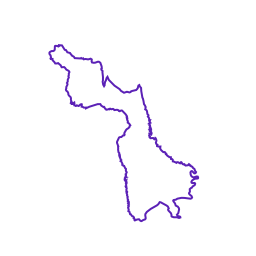 outline of Maisa-Phoka, Leribe, Lesotho, rotated 160°
{"feature_id": "5366337B86145787410070", "entity_name": "Maisa-Phoka", "entity_type": "district", "adm_level": 2, "iso_a3": "LSO", "parent_name": "Lesotho", "parent_adm1": "Leribe", "projection": "mercator", "projection_center": [28.2, -28.776], "detail": "fine", "context": "isolated", "style": "outline", "palette": "violet", "viewbox_px": 256, "rotation_deg": 160, "n_neighbors": 0, "source": "geoboundaries", "source_scale": "gbopen_adm2", "svg_char_len": 5872}
<svg xmlns="http://www.w3.org/2000/svg" viewBox="0 0 256 256"><g transform="rotate(160 128 128)"><path d="M173.9,170.4L172.7,170.9L171.6,170.9L171.6,170.1L172.1,169.6L171.8,169.5L169.8,170.2L170.0,169.2L170.7,168.2L170.7,167.7L170.3,167.6L169.6,166.6L169.1,166.5L168.3,166.8L167.0,165.6L166.6,165.6L164.6,166.4L163.4,166.2L163.4,165.7L164.3,163.9L163.3,163.3L162.6,162.3L160.3,161.5L160.6,160.9L157.0,161.2L148.3,160.8L145.8,159.9L145.5,158.2L143.9,156.1L143.3,156.1L143.1,155.8L142.9,154.0L142.1,153.0L142.1,152.6L140.6,152.3L139.2,152.4L138.9,151.9L138.1,152.2L137.2,151.3L135.6,151.1L135.1,150.6L134.7,149.5L132.1,148.9L130.8,147.9L130.8,147.2L130.1,146.6L128.4,146.8L127.6,146.4L125.6,141.9L125.0,139.7L125.1,138.6L125.6,138.6L125.8,137.2L125.5,136.9L126.0,136.0L125.8,134.4L126.4,133.2L125.4,131.7L124.9,129.7L126.0,129.1L126.3,128.4L127.7,127.7L129.6,127.3L131.0,126.5L131.4,126.0L132.8,124.9L133.4,124.0L133.5,122.8L134.2,122.4L135.1,122.7L137.3,121.8L138.7,122.2L139.7,122.1L142.9,118.9L143.4,117.9L143.4,114.2L143.6,114.2L144.3,111.9L144.7,111.1L145.2,108.5L144.8,107.4L145.0,106.9L144.9,105.7L145.2,105.2L145.6,105.3L145.7,104.5L145.7,103.9L145.3,103.9L145.7,102.5L145.5,102.0L145.7,100.9L145.3,100.2L146.2,99.5L145.7,99.1L145.8,98.8L145.5,96.7L145.5,96.1L146.0,95.4L145.6,95.1L145.3,94.1L144.6,93.7L144.4,91.2L143.9,90.3L144.6,88.7L144.6,87.7L144.3,86.9L145.5,85.6L146.0,85.4L145.9,84.7L146.2,84.5L146.1,84.1L146.3,83.7L146.9,83.3L147.2,82.9L146.5,82.3L148.1,82.1L148.3,81.8L148.3,81.0L148.9,80.5L148.8,79.7L148.4,79.4L148.4,79.1L147.6,79.3L148.0,78.7L147.8,77.7L148.1,76.9L148.5,77.0L148.5,76.5L149.0,76.3L148.9,75.8L149.3,75.1L149.5,73.9L150.2,73.9L150.2,73.0L149.8,72.5L149.9,71.6L150.7,70.5L150.9,69.6L150.6,68.2L150.9,67.9L151.3,68.0L151.2,67.5L151.6,67.2L151.6,65.4L152.0,64.9L151.8,63.3L152.3,62.9L152.7,60.8L152.5,60.6L153.3,59.3L153.2,59.1L152.7,59.2L152.5,58.2L152.6,57.9L153.1,57.8L153.1,56.8L153.7,56.9L153.5,55.8L154.2,55.1L154.0,54.9L154.4,54.6L154.2,53.9L155.2,53.1L155.2,51.2L156.1,49.7L155.3,48.9L155.5,46.3L154.9,46.0L154.5,44.4L154.1,43.5L153.4,43.1L153.0,42.0L153.1,41.4L153.5,41.1L153.0,40.5L153.4,39.1L153.2,38.8L150.8,38.9L148.9,38.5L148.2,36.8L147.5,36.0L147.0,35.9L145.3,36.3L143.2,36.3L142.7,36.6L142.2,37.2L141.6,40.2L141.1,41.2L139.0,42.7L134.3,44.2L127.3,45.4L125.6,46.0L123.6,47.5L122.7,47.0L118.3,42.0L117.4,40.6L117.2,38.5L118.1,37.9L118.3,36.8L116.8,33.3L116.8,31.8L117.3,30.1L117.1,29.7L115.4,28.4L112.6,27.4L110.8,26.0L109.4,26.0L109.3,26.7L109.6,27.1L111.4,28.3L111.7,29.7L109.8,30.9L107.8,34.1L107.6,35.3L108.1,37.1L109.7,38.8L109.6,41.0L110.4,43.7L110.3,44.4L109.8,44.7L107.5,44.3L105.8,44.7L101.7,44.1L98.9,43.0L93.5,40.2L92.3,40.2L91.5,40.9L91.6,42.4L92.7,44.2L93.1,45.4L92.9,46.0L91.6,47.0L90.9,49.4L89.5,50.0L88.4,50.1L87.2,51.0L84.9,51.5L84.0,52.5L83.9,52.9L84.2,53.6L86.3,54.2L86.8,54.6L87.0,55.0L86.8,55.8L85.6,56.8L83.7,57.3L82.5,57.4L79.7,56.7L79.3,56.9L79.0,57.7L79.1,58.5L80.1,59.0L83.2,59.1L84.4,60.2L85.0,61.5L85.0,62.9L84.5,64.9L83.8,65.6L82.8,65.7L82.5,65.5L81.2,62.7L80.3,62.5L79.7,62.7L79.1,63.3L79.6,64.6L79.6,66.8L80.6,68.3L80.8,69.6L81.6,70.2L82.0,71.3L82.4,71.2L82.7,71.6L83.0,72.2L82.8,72.7L83.1,73.2L84.4,72.5L86.7,73.0L87.2,73.7L87.2,74.3L87.6,74.9L88.4,74.8L89.0,75.4L89.5,77.5L89.8,77.8L90.4,77.6L90.6,76.9L91.1,76.9L92.8,78.8L93.7,79.1L94.4,78.7L96.2,80.6L97.3,81.3L96.8,82.9L97.2,83.7L98.2,84.2L97.7,85.9L99.2,86.5L99.6,87.5L100.1,87.8L100.8,89.1L100.8,90.3L101.4,90.5L101.2,91.3L101.4,92.3L102.0,92.6L102.0,92.9L103.1,93.3L104.4,95.8L104.8,97.7L103.9,99.5L105.3,99.9L106.9,101.0L106.7,101.7L106.1,102.1L106.9,103.5L106.8,104.8L106.1,105.6L105.5,106.7L105.5,108.8L105.8,109.3L106.7,108.5L107.1,108.4L107.8,110.0L110.3,110.7L110.9,111.8L110.8,112.3L110.3,112.5L110.3,112.9L110.7,113.6L110.2,114.1L109.9,115.3L109.4,115.0L108.5,115.4L108.3,114.7L108.5,114.3L108.3,114.0L107.5,115.1L108.2,116.3L107.6,116.9L108.5,117.6L108.3,117.9L108.4,118.3L108.1,118.4L107.8,118.0L108.0,117.5L107.7,117.4L106.7,118.9L106.8,119.2L107.4,119.0L107.3,118.5L107.5,118.4L108.3,119.5L107.7,119.7L107.2,120.5L106.7,120.4L106.7,121.8L107.0,121.8L106.4,122.9L106.9,123.4L106.1,124.6L106.7,125.0L105.6,125.6L105.2,125.5L105.5,126.9L104.6,127.8L105.5,128.1L104.8,130.0L105.4,131.9L104.8,132.2L104.4,133.0L105.0,134.5L104.4,137.3L104.5,138.2L104.9,139.1L105.4,139.6L105.0,140.0L104.8,140.9L104.2,141.6L104.4,143.6L104.8,144.9L104.2,148.1L103.9,150.7L104.1,151.5L102.9,158.2L102.0,161.2L102.7,163.1L102.7,164.5L103.7,164.3L105.4,161.9L107.3,160.9L111.6,161.4L112.6,161.4L113.3,160.9L114.4,160.9L116.6,162.4L119.7,162.5L121.9,165.3L122.6,167.4L126.2,172.4L129.6,179.8L129.8,183.1L131.0,182.3L132.7,180.0L133.6,179.4L135.0,177.1L135.3,176.2L136.2,175.5L136.5,177.2L136.0,180.2L135.3,181.2L134.1,184.4L132.9,189.3L132.4,190.2L133.1,191.9L132.9,192.7L132.2,193.0L131.7,195.0L131.7,198.8L132.7,200.2L133.8,200.6L136.5,200.6L137.9,201.0L139.4,201.9L139.4,203.1L138.6,204.8L139.4,205.9L142.0,206.1L144.3,207.4L146.1,207.7L146.3,208.8L147.4,208.8L148.1,209.8L148.9,209.6L154.2,211.9L154.5,213.5L156.1,215.4L156.1,216.3L156.6,217.1L156.8,218.3L159.1,219.9L159.6,222.4L160.7,223.1L161.8,228.2L164.4,229.4L164.5,228.6L165.6,228.4L166.3,229.2L168.0,230.0L168.5,230.0L168.9,229.5L170.0,226.8L170.7,226.1L172.0,225.9L173.4,226.4L174.6,226.3L175.5,226.1L176.1,225.6L176.4,224.7L176.4,224.0L175.9,222.7L176.3,220.2L177.0,219.9L177.0,219.3L175.3,218.7L175.7,217.5L174.6,215.0L174.3,213.5L172.6,212.9L171.5,212.9L169.8,209.9L169.6,207.8L167.2,207.1L166.6,206.1L166.0,204.0L164.2,202.0L163.9,200.6L165.1,199.3L165.5,197.9L166.3,197.1L166.3,195.8L168.1,194.0L168.7,192.3L170.0,191.2L169.8,190.5L170.0,189.5L172.0,187.6L172.4,186.4L173.1,185.6L173.3,184.9L173.1,183.9L172.4,182.9L172.2,181.2L172.6,179.8L172.4,178.7L171.4,176.7L171.4,175.5L172.0,174.2L172.0,173.2L172.9,171.3L173.9,170.4Z" fill="none" stroke="#5b21b6" stroke-width="2"/></g></svg>